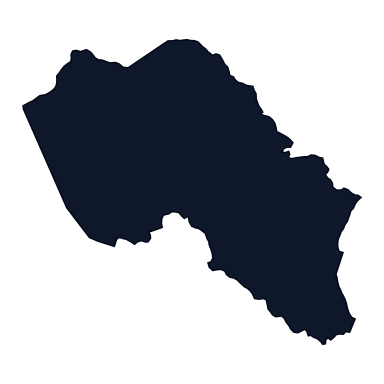 Timbó Grande, Santa Catarina, Brazil (Robinson projection)
{"feature_id": "56859067B65856130314873", "entity_name": "Timbó Grande", "entity_type": "district", "adm_level": 2, "iso_a3": "BRA", "parent_name": "Brazil", "parent_adm1": "Santa Catarina", "projection": "robinson", "projection_center": [-50.629, -26.64], "detail": "fine", "context": "isolated", "style": "filled", "palette": "ink", "viewbox_px": 384, "rotation_deg": 0, "n_neighbors": 0, "source": "geoboundaries", "source_scale": "gbopen_adm2", "svg_char_len": 3009}
<svg xmlns="http://www.w3.org/2000/svg" viewBox="0 0 384 384"><path d="M322.6,158.1L319.0,157.4L315.2,155.4L311.0,155.0L307.9,156.6L303.4,156.8L299.2,157.4L296.4,157.7L293.8,158.3L290.9,158.6L288.3,157.3L289.7,154.4L288.7,151.4L285.5,152.5L281.8,152.4L283.9,148.5L287.1,147.1L290.5,147.2L292.9,142.8L290.6,140.1L288.6,138.2L285.5,136.2L282.8,134.8L280.2,133.3L276.8,131.6L276.1,128.0L274.9,123.4L272.3,119.5L268.8,116.7L263.8,115.4L260.4,114.1L262.8,112.2L261.3,109.5L258.8,106.0L257.1,101.6L256.2,98.5L256.0,93.6L254.1,90.3L252.8,86.3L249.0,85.9L245.8,85.1L242.8,83.4L238.2,82.4L235.0,79.6L233.5,76.9L229.9,75.6L228.8,70.8L227.6,67.0L224.8,64.5L222.2,59.3L219.6,55.1L216.0,53.9L212.6,55.3L208.2,51.9L205.7,49.0L203.0,47.0L200.2,44.2L198.0,41.9L194.2,40.7L190.2,40.5L187.2,39.7L183.2,40.1L179.6,40.6L176.3,39.9L172.0,40.9L167.9,40.9L158.8,47.0L128.0,67.9L123.0,67.2L119.4,64.1L115.4,62.5L110.0,62.9L106.7,61.8L102.1,60.1L98.3,59.8L95.1,57.8L92.4,54.2L90.2,51.8L86.4,49.7L80.5,51.6L76.3,50.4L72.7,51.0L71.0,54.5L71.4,58.1L70.8,61.6L67.2,63.9L64.1,66.4L61.9,69.1L59.4,72.7L56.7,76.0L56.9,79.4L56.8,82.7L56.0,86.1L54.2,88.8L51.3,91.3L48.3,93.2L45.5,94.7L42.9,95.2L39.9,95.6L36.2,98.3L32.8,100.9L29.1,102.5L25.5,104.5L23.0,105.8L23.5,109.2L66.7,207.7L89.4,237.5L97.5,241.0L114.3,246.4L115.6,242.4L116.8,239.0L119.5,237.4L122.8,238.5L126.4,239.3L129.0,240.8L131.6,242.2L134.6,244.3L137.2,242.0L141.3,240.6L145.0,241.9L147.9,242.0L150.6,238.2L150.2,234.7L148.6,232.2L162.3,227.4L161.4,223.5L161.8,218.8L163.4,215.3L165.9,214.4L168.8,213.9L171.7,211.7L175.7,211.9L179.0,212.7L181.8,216.1L184.2,218.4L188.4,216.4L189.2,221.7L191.7,226.2L195.6,227.9L198.5,228.4L201.7,230.5L205.3,233.4L207.0,238.5L208.9,241.7L209.2,244.8L210.9,249.1L212.3,253.7L212.8,258.3L210.9,261.9L208.0,262.8L209.2,267.1L212.7,270.5L216.8,269.7L221.1,269.4L224.8,271.1L226.7,274.8L229.9,277.2L233.8,278.0L237.3,280.0L240.8,283.5L244.5,286.8L247.5,288.4L249.8,290.4L252.3,293.5L254.6,298.6L259.4,299.2L262.7,298.5L266.2,299.5L267.3,304.6L268.1,309.0L270.4,311.7L272.4,314.7L275.6,316.7L278.8,316.4L281.3,315.9L284.1,318.1L286.2,322.2L288.7,325.3L290.8,329.1L293.7,332.1L297.6,332.8L301.9,330.8L304.7,329.1L307.0,331.6L308.3,335.8L310.9,335.3L313.2,337.0L317.7,338.9L320.7,341.6L322.8,344.3L325.5,343.7L325.6,340.2L327.9,337.8L330.7,340.0L333.5,337.7L336.4,334.5L340.3,333.9L343.3,334.3L345.8,331.6L349.7,332.2L355.1,319.0L351.7,317.4L349.3,313.7L347.4,308.3L346.3,303.1L344.9,299.2L343.2,295.6L341.4,292.5L340.4,289.5L338.8,286.6L337.6,281.8L337.0,277.6L335.9,274.4L343.0,252.5L339.2,251.5L337.8,247.6L337.6,243.2L338.2,239.2L339.9,235.2L341.1,231.8L343.4,228.6L345.0,224.7L347.4,221.2L348.6,217.6L349.9,214.1L350.7,211.0L353.5,208.1L354.9,204.6L356.6,201.8L358.7,199.6L361.0,197.4L358.1,195.3L355.1,195.1L351.5,193.1L347.9,189.7L343.9,188.2L341.2,190.1L336.6,190.1L332.7,187.0L332.4,183.2L330.3,179.6L327.8,178.2L325.2,174.4L327.4,172.5L328.8,169.4L327.0,166.9L324.0,164.0L322.6,158.1Z" fill="#0f172a" stroke="#020617" stroke-width="1.5"/></svg>